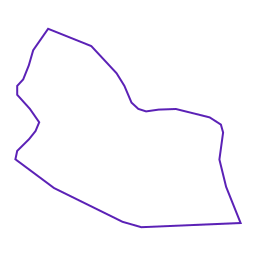 SVG path tracing the border of Oplotnica
{"feature_id": "SVN-226", "entity_name": "Oplotnica", "entity_type": "Municipality", "adm_level": 1, "iso_a3": "SVN", "parent_name": "Slovenia", "parent_adm1": "", "projection": "robinson", "projection_center": [15.447, 46.391], "detail": "fine", "context": "isolated", "style": "outline", "palette": "violet", "viewbox_px": 256, "rotation_deg": 0, "n_neighbors": 0, "source": "natural_earth", "source_scale": "10m", "svg_char_len": 464}
<svg xmlns="http://www.w3.org/2000/svg" viewBox="0 0 256 256"><path d="M141.3,227.2L122.5,221.8L54.1,188.1L15.4,159.3L17.2,150.9L29.1,139.1L35.5,131.1L39.2,122.3L29.9,108.9L17.2,94.8L17.2,85.9L23.2,79.4L28.8,65.4L33.2,50.2L48.1,28.8L91.3,46.1L116.6,73.3L124.4,85.9L131.5,102.6L138.3,108.9L146.1,111.4L158.7,109.6L175.9,109.0L209.7,117.4L220.9,124.6L223.1,132.5L219.4,159.5L226.1,186.8L240.6,223.0L141.3,227.2Z" fill="none" stroke="#5b21b6" stroke-width="2"/></svg>